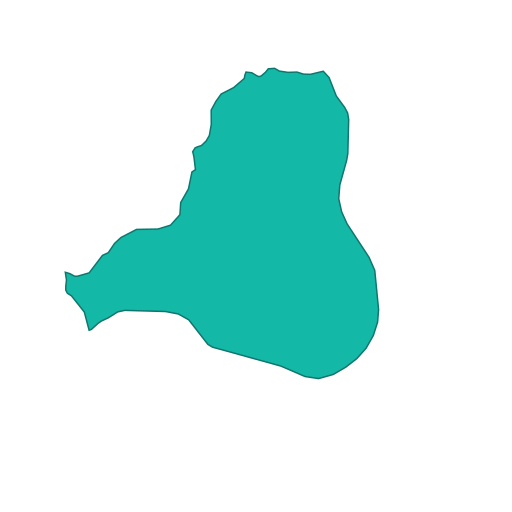 the Regional Council of Taranaki, rotated 228°
{"feature_id": "NZL-3405", "entity_name": "Taranaki", "entity_type": "Regional Council", "adm_level": 1, "iso_a3": "NZL", "parent_name": "New Zealand", "parent_adm1": "", "projection": "albers", "projection_center": [174.624, -39.283], "detail": "fine", "context": "isolated", "style": "filled", "palette": "teal", "viewbox_px": 512, "rotation_deg": 228, "n_neighbors": 0, "source": "natural_earth", "source_scale": "10m", "svg_char_len": 1229}
<svg xmlns="http://www.w3.org/2000/svg" viewBox="0 0 512 512"><g transform="rotate(228 256 256)"><path d="M348.3,429.6L339.7,429.7L321.1,422.7L306.9,421.3L301.0,419.8L295.4,416.2L270.7,392.8L266.3,387.2L252.7,365.8L243.2,355.8L231.5,349.2L219.0,345.2L179.3,339.1L165.8,334.6L134.1,311.2L125.5,302.1L118.4,290.0L113.8,276.1L112.3,262.4L113.3,248.5L116.3,234.1L123.0,220.5L133.6,211.8L157.6,200.8L217.3,162.7L222.5,161.1L253.7,163.3L265.0,159.4L275.3,151.6L303.4,122.1L307.0,115.8L308.9,104.8L311.1,97.7L311.6,93.7L311.6,84.4L312.5,82.3L329.2,90.9L349.9,92.2L354.5,90.9L357.9,91.8L360.7,94.3L365.0,99.1L371.5,103.4L367.4,105.9L362.5,107.6L361.2,108.9L360.3,110.1L355.1,120.7L357.3,132.3L359.2,142.3L357.3,148.4L360.0,159.4L360.1,168.1L355.7,185.0L341.7,201.1L336.1,213.1L337.6,227.1L346.1,235.8L351.1,250.8L361.3,264.6L360.7,268.8L371.2,276.2L375.9,278.8L377.1,283.2L376.0,286.3L374.6,289.2L374.8,295.8L376.8,302.0L383.7,310.8L394.4,320.3L397.7,329.6L399.7,338.5L396.1,352.1L395.8,366.1L397.8,368.7L399.4,371.6L395.0,375.5L389.8,377.1L387.4,378.1L386.3,380.3L386.2,386.1L386.9,390.4L383.0,395.4L377.8,397.1L371.1,402.6L365.3,409.5L359.4,413.0L354.6,418.0L348.3,429.6Z" fill="#14b8a6" stroke="#0f766e" stroke-width="1.5"/></g></svg>